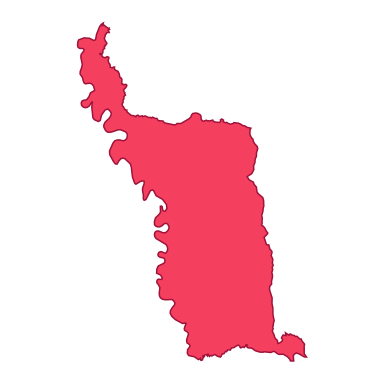 the district of Vigia Del Fuerte, Antioquia, Colombia
{"feature_id": "7082276B16172876286455", "entity_name": "Vigia Del Fuerte", "entity_type": "district", "adm_level": 2, "iso_a3": "COL", "parent_name": "Colombia", "parent_adm1": "Antioquia", "projection": "robinson", "projection_center": [-76.731, 6.503], "detail": "fine", "context": "isolated", "style": "filled", "palette": "rose", "viewbox_px": 384, "rotation_deg": 0, "n_neighbors": 0, "source": "geoboundaries", "source_scale": "gbopen_adm2", "svg_char_len": 5981}
<svg xmlns="http://www.w3.org/2000/svg" viewBox="0 0 384 384"><path d="M250.9,128.2L247.2,127.4L245.0,126.0L242.1,125.3L241.4,124.5L238.5,123.2L233.9,122.6L232.9,123.6L230.3,124.2L227.8,123.2L226.7,122.4L225.2,122.7L223.3,121.7L223.5,120.1L221.8,119.0L220.4,119.9L220.6,121.3L219.4,122.5L215.0,122.0L213.1,121.0L212.8,120.1L209.5,120.9L207.4,120.8L206.3,120.2L203.1,121.4L201.2,119.4L201.0,116.4L200.4,115.0L197.9,113.4L195.7,113.0L192.8,113.5L191.9,114.5L190.8,117.0L189.4,118.5L181.0,123.5L177.0,123.5L175.7,124.7L174.3,124.9L164.5,122.9L163.0,121.0L158.7,120.7L158.0,120.2L156.9,118.4L155.1,118.4L152.7,117.2L151.6,117.9L150.7,117.4L148.6,117.5L145.2,115.9L142.7,116.6L142.3,115.8L139.2,116.5L138.4,115.3L137.8,115.2L136.2,115.7L135.8,116.7L133.3,115.6L131.2,115.4L127.1,112.0L126.8,110.2L126.2,110.5L125.5,109.5L124.6,109.4L123.4,106.7L122.6,106.1L122.1,104.3L122.6,102.9L123.1,102.6L123.0,99.9L123.6,99.5L124.0,98.0L123.8,96.6L125.5,95.1L124.7,93.6L124.9,92.8L123.8,91.2L123.7,89.7L125.7,87.7L126.8,85.8L126.7,85.0L125.9,84.4L123.4,84.7L122.9,84.0L121.7,83.8L121.9,79.2L121.2,78.1L119.9,77.2L119.0,73.1L118.4,72.6L118.1,71.4L114.9,69.8L114.4,68.5L114.6,67.1L113.3,67.1L112.3,67.9L110.3,67.2L110.0,64.3L108.9,63.2L108.1,60.3L108.9,58.2L108.8,57.3L107.1,56.6L105.3,57.7L103.2,57.3L102.0,56.0L101.9,54.6L100.5,54.6L99.7,53.9L100.4,53.4L101.5,54.0L102.8,52.9L103.0,49.9L104.7,48.3L104.2,46.9L104.9,46.5L105.0,45.4L105.7,45.3L106.9,43.3L104.9,40.1L104.3,37.9L105.1,36.7L105.2,34.8L106.2,34.0L106.6,32.6L109.2,32.5L108.3,30.2L109.5,29.4L108.8,28.8L109.1,28.1L107.9,28.2L103.7,24.9L102.5,25.5L103.3,23.0L102.9,23.2L101.0,24.7L99.7,26.5L96.5,34.4L95.7,39.1L94.9,40.2L93.4,40.3L89.6,38.3L84.1,37.9L78.8,39.8L78.0,41.3L77.5,45.3L78.1,47.4L79.7,48.4L83.2,48.6L84.1,49.8L83.9,50.7L81.2,54.4L80.9,55.8L80.9,57.7L82.3,64.4L81.7,67.4L80.2,71.5L80.1,74.1L82.5,77.6L83.4,81.4L84.3,83.2L85.4,83.8L89.7,83.2L91.8,83.9L93.5,85.9L94.6,90.0L94.4,90.6L90.5,92.8L89.0,96.6L86.9,99.4L85.8,100.0L83.3,100.3L82.0,101.1L81.2,103.0L81.6,105.4L83.4,107.2L85.5,107.7L87.1,107.4L89.4,105.9L91.6,102.2L92.3,102.1L91.8,107.2L92.9,117.7L94.4,119.7L98.4,121.5L100.2,120.5L101.6,115.0L105.1,110.0L107.9,109.0L110.0,111.0L111.3,113.3L110.9,115.5L109.4,118.0L105.1,122.2L103.8,125.0L103.9,127.3L105.7,130.7L107.4,132.0L109.1,132.3L111.7,132.0L118.2,129.8L120.5,129.7L125.6,131.9L127.0,133.6L127.4,134.9L126.9,138.2L125.2,140.1L123.2,140.8L119.6,139.9L117.0,140.0L114.7,140.9L113.1,142.9L109.7,150.5L109.5,151.7L109.8,154.8L113.3,161.2L115.3,163.9L117.1,164.1L119.0,160.7L120.9,158.7L122.7,158.2L124.8,158.6L130.3,163.9L131.3,167.0L132.5,177.2L134.7,183.3L135.9,184.2L140.7,181.3L143.1,180.9L144.2,181.3L144.1,183.9L142.7,187.6L142.5,190.2L143.4,195.5L143.3,198.7L143.9,200.1L144.8,200.2L146.1,199.2L150.3,190.8L152.4,189.9L153.6,190.7L156.1,195.7L162.5,199.3L166.5,204.6L166.9,208.4L165.3,211.1L163.8,211.1L162.8,210.4L162.2,206.7L161.3,206.0L160.3,206.3L160.5,212.2L159.2,214.3L155.5,217.8L154.4,221.6L154.5,224.6L155.5,225.9L157.2,226.8L159.6,226.9L161.8,225.9L164.2,223.8L166.1,223.3L167.7,224.1L169.2,227.2L168.2,230.2L165.9,232.5L163.1,232.8L158.6,231.0L156.5,231.1L155.0,232.3L154.4,234.4L154.8,236.6L156.0,238.5L165.7,244.3L166.9,245.7L167.7,248.3L167.4,250.7L165.9,253.0L164.7,253.1L161.8,251.8L160.6,251.7L159.2,252.1L158.0,253.9L158.0,255.2L158.6,256.3L160.1,257.3L163.7,258.0L164.4,258.7L165.0,260.7L164.8,262.0L163.8,263.3L158.4,265.9L157.7,267.0L156.8,269.4L156.6,273.2L160.6,275.0L162.3,278.1L161.8,279.4L158.5,279.2L157.6,279.6L156.9,280.8L156.9,282.8L158.5,284.8L159.9,287.7L159.2,293.1L159.5,295.9L160.4,297.8L162.5,299.3L165.7,299.8L171.4,299.5L172.9,300.1L174.5,302.0L174.9,303.5L174.4,305.1L172.4,307.4L170.4,310.8L170.2,313.2L171.7,316.2L175.2,319.5L182.5,323.5L185.5,323.0L186.0,323.3L184.3,328.5L184.4,329.8L185.1,330.7L187.2,331.8L188.2,333.1L188.4,334.2L186.7,339.5L186.7,341.6L187.2,343.1L189.2,344.3L190.0,345.7L189.6,347.0L187.6,349.6L187.3,353.2L188.6,355.5L194.4,356.8L198.4,359.6L200.5,358.3L200.5,359.8L201.0,360.4L202.5,359.9L203.0,357.9L204.2,356.7L202.8,356.1L202.8,355.7L204.1,355.7L205.3,354.7L206.3,354.8L207.5,356.0L207.7,354.3L208.0,354.1L209.5,356.4L210.4,355.4L211.8,356.0L213.7,354.9L215.5,354.7L217.1,356.1L220.3,357.1L221.1,356.4L222.2,353.9L223.9,353.8L225.1,351.9L225.7,351.4L226.6,351.7L227.8,349.8L230.3,350.1L231.5,348.0L233.9,347.6L237.3,345.4L238.5,345.2L239.9,346.4L240.0,347.3L240.7,347.9L243.1,346.8L244.1,347.5L245.5,346.1L245.8,345.1L246.5,344.7L247.3,345.3L246.9,345.9L246.9,346.9L248.0,347.8L251.9,348.2L255.3,350.7L259.8,352.1L263.2,352.2L264.2,351.8L270.9,352.5L273.1,351.5L274.3,351.4L277.6,353.8L279.2,354.4L283.2,354.2L287.3,356.6L289.9,359.4L290.4,360.9L293.7,361.0L293.3,355.7L294.4,354.1L296.3,353.0L299.1,353.9L304.3,356.9L306.5,357.0L304.2,353.7L304.2,345.8L304.6,344.2L301.6,340.5L301.4,339.1L299.6,338.8L296.9,336.3L295.5,336.5L294.2,335.4L292.6,335.3L290.5,334.0L289.5,334.2L289.5,335.0L288.9,335.2L285.5,332.8L286.0,335.5L283.1,335.0L281.6,337.5L281.5,338.1L282.5,339.5L282.3,341.0L279.7,342.9L277.8,343.4L277.4,340.4L275.5,338.7L274.8,337.5L273.8,334.2L272.6,331.9L272.4,330.4L273.2,328.9L272.6,326.9L273.3,325.6L273.4,323.3L274.2,320.7L273.0,315.1L272.8,307.5L272.0,303.7L272.1,297.9L269.5,289.7L269.7,286.4L271.6,284.1L271.5,281.2L272.4,277.5L272.5,275.1L271.8,272.6L272.7,269.6L272.2,267.4L273.2,265.2L272.4,263.2L272.8,259.2L271.2,255.7L272.0,252.4L271.8,251.2L269.8,249.0L268.8,244.9L267.2,244.9L266.3,244.1L264.1,237.3L267.6,233.8L267.7,232.8L266.4,231.3L264.8,228.0L263.3,226.3L261.5,225.1L262.2,223.0L262.0,220.8L262.3,218.3L261.7,215.5L262.9,211.4L263.2,208.1L263.8,206.2L263.6,200.5L262.8,197.6L258.4,193.8L257.0,192.0L256.4,187.1L254.1,184.4L253.4,182.2L249.1,179.8L247.1,176.6L251.8,173.6L253.8,169.7L253.6,165.8L254.9,162.7L255.2,158.9L256.4,156.5L256.5,152.7L257.7,148.7L257.3,146.6L254.4,143.4L253.3,141.1L252.9,139.1L251.6,137.9L249.9,134.6L250.0,130.2L250.9,128.2Z" fill="#f43f5e" stroke="#9f1239" stroke-width="1.5"/></svg>